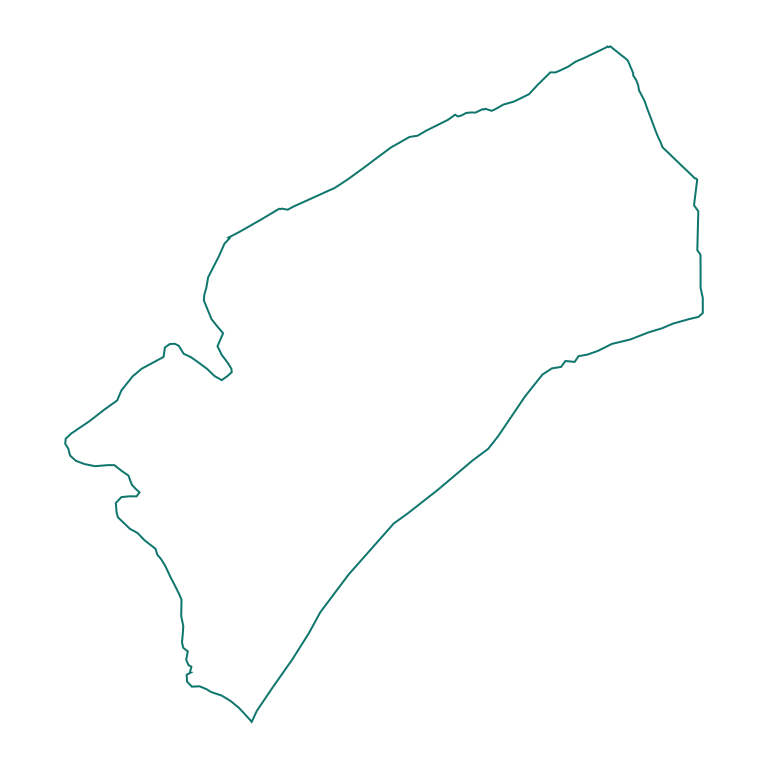 Habila - SK, South Kordufan, Sudan (orthographic projection)
{"feature_id": "16777658B69543543335458", "entity_name": "Habila - SK", "entity_type": "district", "adm_level": 2, "iso_a3": "SDN", "parent_name": "Sudan", "parent_adm1": "South Kordufan", "projection": "orthographic", "projection_center": [30.058, 11.931], "detail": "fine", "context": "isolated", "style": "outline", "palette": "teal", "viewbox_px": 768, "rotation_deg": 0, "n_neighbors": 0, "source": "geoboundaries", "source_scale": "gbopen_adm2", "svg_char_len": 3408}
<svg xmlns="http://www.w3.org/2000/svg" viewBox="0 0 768 768"><path d="M696.8,182.9L696.9,182.4L697.0,181.6L697.0,181.4L697.0,181.2L697.1,180.9L697.1,180.4L697.1,180.2L697.2,179.7L696.6,179.1L696.3,178.8L695.8,178.3L694.9,178.4L694.6,178.1L691.7,175.3L691.2,174.8L690.6,174.2L688.7,172.4L685.4,169.2L683.6,167.5L683.0,167.0L681.7,165.8L681.2,165.3L678.5,162.6L677.4,161.6L675.4,159.7L673.6,157.9L671.9,156.3L670.6,155.0L664.3,149.0L663.4,148.2L662.5,147.2L660.4,141.7L659.2,139.3L658.9,138.9L655.9,131.7L651.1,118.7L647.1,108.3L644.6,101.0L639.1,90.5L639.0,90.3L638.1,84.9L636.1,80.0L635.9,79.5L633.2,75.5L633.2,74.8L633.2,73.2L633.0,72.8L632.2,70.9L631.8,69.9L627.9,60.7L624.9,57.9L621.8,55.6L613.2,48.7L610.3,46.3L608.5,47.2L607.5,46.7L606.8,46.3L606.6,46.2L606.4,46.1L606.6,46.2L607.5,46.8L605.4,47.8L584.6,57.8L575.7,61.6L568.1,66.7L560.0,70.5L556.7,71.9L555.6,72.4L552.6,72.4L550.3,72.4L537.5,85.0L529.1,94.1L513.9,101.6L503.3,104.6L494.9,109.4L491.6,110.8L485.3,108.8L483.7,109.5L482.5,109.2L475.7,112.5L469.0,112.5L468.3,112.9L466.3,112.9L461.8,115.3L458.0,116.5L455.1,114.7L453.6,115.8L448.0,119.8L441.2,123.2L426.5,130.5L417.6,135.7L409.4,137.0L390.9,147.5L375.4,159.0L368.0,164.6L364.7,167.1L362.2,168.9L348.6,178.8L338.5,185.5L334.7,187.9L334.2,188.2L328.7,190.6L319.5,194.8L315.3,196.7L315.2,196.7L315.0,196.8L312.0,198.2L302.0,202.7L293.2,206.7L287.7,209.7L286.0,209.4L281.7,208.6L280.8,209.1L279.1,208.8L262.0,219.0L239.4,231.9L228.4,237.6L229.6,238.2L224.5,243.6L219.2,255.6L217.2,259.6L208.1,277.4L206.3,287.9L204.3,295.0L204.2,295.4L203.9,300.5L207.6,309.6L211.5,319.1L216.8,325.8L220.7,330.4L223.1,333.3L217.5,346.2L221.7,354.8L228.0,363.2L231.4,368.8L231.7,372.3L227.8,375.7L227.0,376.4L222.6,379.5L221.7,380.1L214.6,376.1L207.0,368.8L198.6,362.6L191.0,357.2L183.6,353.7L178.9,345.9L174.9,343.8L170.0,344.0L169.7,344.1L164.9,347.5L163.6,356.9L141.7,368.7L132.5,376.5L121.4,390.4L117.2,400.4L103.8,410.0L89.3,421.3L71.5,433.3L65.7,438.7L65.2,443.8L68.3,448.6L70.1,455.6L75.9,460.8L84.3,464.0L94.9,466.2L108.0,465.1L114.3,465.1L122.2,471.3L128.5,475.6L130.1,480.2L131.9,484.8L135.6,488.8L139.5,492.3L136.6,496.3L136.0,496.3L129.3,496.3L121.4,497.1L120.9,497.6L115.8,503.0L116.6,512.5L117.9,517.3L123.2,522.4L130.0,528.9L137.4,532.9L144.5,540.2L150.3,544.8L155.5,548.8L157.3,554.7L161.0,559.0L165.2,565.8L170.5,577.1L174.7,585.2L179.1,594.0L181.5,599.7L181.2,616.1L183.3,626.1L182.8,633.7L182.0,642.5L183.3,647.9L187.8,651.4L186.2,659.7L188.5,665.1L191.4,666.7L189.8,672.9L190.1,672.9L189.4,673.3L187.6,674.2L186.7,674.7L186.7,675.8L187.1,681.7L187.4,682.0L191.5,686.3L191.9,686.7L198.8,686.3L199.5,686.3L202.0,687.3L206.5,689.2L209.9,691.3L211.5,692.2L219.7,694.9L221.5,695.5L226.7,698.6L230.9,701.2L231.1,701.4L234.7,704.4L235.9,705.4L236.4,705.8L239.0,707.9L239.8,708.8L243.6,712.8L245.3,714.7L248.5,718.2L250.9,720.9L251.7,721.9L251.8,721.7L256.8,710.9L272.4,687.8L292.2,659.6L308.8,633.3L320.4,612.1L348.7,574.4L372.8,547.2L393.7,523.5L407.6,513.5L437.5,490.1L472.3,460.7L488.2,448.8L498.2,436.1L524.9,396.6L535.7,383.0L542.5,374.5L551.8,368.4L561.1,366.9L565.4,361.0L574.7,361.9L578.5,356.2L587.7,354.5L597.9,350.9L611.9,343.9L630.2,339.5L648.7,332.3L662.3,328.2L672.7,323.7L688.7,319.2L698.5,316.9L702.8,313.0L702.8,308.6L702.8,298.0L700.6,288.0L700.6,278.1L700.5,254.7L697.3,250.2L698.3,211.3L694.0,205.2L696.8,182.9L696.8,182.9Z" fill="none" stroke="#0f766e" stroke-width="2"/></svg>